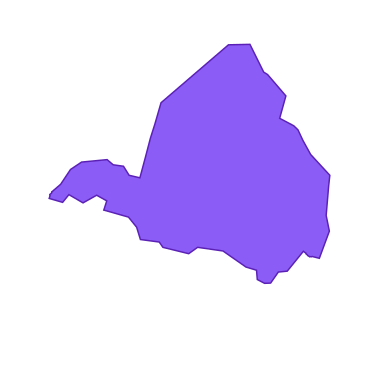 outline of McDowell, North Carolina, United States of America, rotated 244°
{"feature_id": "52423323B54593628096375", "entity_name": "McDowell", "entity_type": "district", "adm_level": 2, "iso_a3": "USA", "parent_name": "United States of America", "parent_adm1": "North Carolina", "projection": "robinson", "projection_center": [-82.082, 35.739], "detail": "fine", "context": "isolated", "style": "filled", "palette": "violet", "viewbox_px": 384, "rotation_deg": 244, "n_neighbors": 0, "source": "geoboundaries", "source_scale": "gbopen_adm2", "svg_char_len": 1056}
<svg xmlns="http://www.w3.org/2000/svg" viewBox="0 0 384 384"><g transform="rotate(244 192 192)"><path d="M230.0,89.3L230.9,104.9L221.4,111.5L214.4,104.8L197.3,123.9L184.6,126.8L171.9,124.8L161.4,140.6L155.0,141.6L138.0,162.0L139.8,172.7L139.7,172.8L139.6,173.1L125.4,194.0L100.9,207.6L93.4,215.7L84.7,212.3L78.1,217.2L75.8,222.4L75.7,222.8L82.2,234.5L79.1,242.9L89.9,266.1L87.9,267.1L87.1,267.6L86.6,267.4L85.9,267.5L85.3,268.0L84.8,268.0L83.6,268.4L83.1,268.9L82.2,269.3L82.1,269.9L81.4,270.9L81.4,271.7L76.6,277.4L96.6,298.3L112.1,302.3L137.4,317.4L146.6,323.2L173.7,315.1L189.8,314.3L201.4,314.5L206.9,312.5L219.8,303.1L237.2,318.5L264.5,311.4L268.3,309.0L282.1,308.9L299.3,308.8L308.3,289.3L285.8,203.3L269.2,188.3L258.6,178.2L243.7,165.4L227.6,151.4L234.6,142.8L245.2,141.7L251.0,133.1L258.3,129.9L267.3,105.9L265.5,92.7L256.5,77.3L253.9,67.3L253.7,67.1L253.7,66.4L253.7,66.1L252.5,65.2L252.4,64.9L252.3,63.7L252.0,63.0L251.7,62.8L251.1,62.9L248.8,60.8L239.4,71.2L243.6,80.2L230.0,89.3Z" fill="#8b5cf6" stroke="#5b21b6" stroke-width="1.5"/></g></svg>